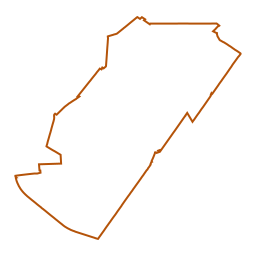 outline of Pekela, Groningen, Netherlands
{"feature_id": "6326949B23781869832048", "entity_name": "Pekela", "entity_type": "district", "adm_level": 2, "iso_a3": "NLD", "parent_name": "Netherlands", "parent_adm1": "Groningen", "projection": "natural_earth1", "projection_center": [6.972, 53.067], "detail": "fine", "context": "isolated", "style": "outline", "palette": "amber", "viewbox_px": 256, "rotation_deg": 0, "n_neighbors": 0, "source": "geoboundaries", "source_scale": "gbopen_adm2", "svg_char_len": 5288}
<svg xmlns="http://www.w3.org/2000/svg" viewBox="0 0 256 256"><path d="M196.0,116.9L196.9,115.6L197.9,114.2L199.1,112.6L200.3,110.8L201.6,108.9L202.9,107.2L205.4,103.6L210.6,96.1L210.7,95.0L210.8,94.7L210.9,94.4L211.0,94.2L211.2,93.7L211.4,93.3L211.9,94.2L212.3,93.8L213.2,92.5L217.9,85.8L218.4,85.1L218.8,84.4L220.9,81.5L221.3,81.0L222.3,79.5L224.3,76.7L226.4,73.8L228.8,70.3L230.1,68.4L231.4,66.6L232.5,64.8L233.5,63.4L234.9,61.5L237.7,57.6L238.1,57.0L238.8,56.3L239.9,54.9L240.6,53.9L240.6,53.6L240.5,53.4L240.4,53.3L238.4,51.9L236.9,50.9L234.9,49.7L234.0,49.0L233.5,48.7L233.1,48.4L232.1,47.7L231.2,47.0L230.7,46.7L230.3,46.4L229.1,45.7L228.4,45.2L227.1,44.3L226.0,43.6L225.1,43.1L224.6,42.7L224.1,42.5L223.9,42.3L223.4,42.1L223.1,42.0L221.2,40.9L220.5,40.5L220.2,40.4L220.0,40.2L219.7,40.0L219.6,39.9L218.4,37.8L217.5,36.3L217.3,35.4L216.9,34.1L217.0,33.1L216.4,32.9L215.8,32.7L215.3,32.4L214.6,32.1L213.1,31.3L215.5,29.0L215.7,28.8L215.9,28.5L217.1,27.2L217.5,26.8L217.6,26.7L218.0,26.3L218.3,26.1L218.7,26.0L218.8,25.9L219.2,25.8L219.3,25.7L217.9,24.5L216.6,23.5L208.8,23.6L206.9,23.6L197.5,23.6L193.0,23.6L190.0,23.6L185.4,23.5L184.5,23.5L181.1,23.5L176.0,23.6L172.3,23.6L171.1,23.6L157.3,23.6L150.2,23.6L149.8,24.3L144.0,20.3L145.1,19.3L141.9,17.2L140.0,18.9L139.7,18.7L137.8,17.4L137.5,17.2L137.3,17.1L136.9,17.4L136.0,18.1L135.3,18.7L135.2,18.8L134.8,19.1L134.5,19.3L134.0,19.8L133.6,20.1L133.2,20.4L133.0,20.6L132.2,21.2L132.1,21.3L131.4,21.9L131.1,22.1L130.6,22.5L130.4,22.7L130.3,22.8L130.2,22.9L129.9,23.1L129.4,23.5L129.2,23.7L128.7,24.1L127.5,25.1L124.8,27.3L124.7,27.4L123.7,28.1L123.5,28.3L123.1,28.7L121.9,29.6L121.7,29.8L119.7,31.4L117.1,33.5L116.8,33.7L115.6,34.1L114.9,34.3L114.3,34.4L112.9,34.9L112.1,35.1L111.4,35.3L110.8,35.5L109.0,36.0L107.8,36.4L107.8,36.8L108.0,38.0L108.0,38.5L107.8,40.9L107.7,42.7L107.3,47.7L107.2,49.2L107.0,52.1L106.5,59.3L106.0,66.0L105.9,66.2L105.9,66.3L105.8,66.5L105.7,66.6L104.8,67.4L104.5,67.6L103.6,68.4L103.4,68.3L103.5,68.2L103.2,68.0L102.3,67.5L102.2,67.7L102.3,67.8L102.2,67.9L102.0,68.7L101.5,69.4L99.8,68.6L98.6,70.2L97.0,72.1L95.6,74.0L94.2,75.7L91.7,78.8L90.5,80.4L90.0,81.0L89.4,81.7L77.9,96.1L78.3,96.1L78.5,96.1L78.9,96.2L79.1,96.3L79.4,96.5L79.0,96.8L76.7,98.4L75.9,99.1L75.6,99.3L74.8,99.7L74.0,100.2L73.3,100.7L72.9,100.9L72.6,101.1L72.0,101.5L71.7,101.7L70.1,102.8L68.9,103.5L68.5,103.8L68.1,104.2L65.2,106.4L64.8,106.7L64.4,107.1L64.2,107.2L63.9,107.6L63.7,107.8L63.2,108.2L61.7,109.7L56.6,114.7L56.2,114.5L55.1,113.7L54.4,114.4L54.3,114.5L54.2,114.8L54.2,115.0L54.1,115.3L54.1,116.1L54.1,116.5L54.2,117.1L54.2,117.6L54.1,118.7L54.1,119.0L53.8,120.1L53.4,121.8L53.3,122.0L52.4,125.1L52.3,125.5L51.4,128.7L51.1,130.0L50.7,131.4L50.4,132.5L49.9,134.1L48.4,139.4L47.9,141.0L47.1,144.3L46.7,145.4L46.5,146.4L47.8,147.2L49.6,148.3L51.4,149.4L53.8,150.8L54.1,150.9L57.6,153.0L60.6,154.8L61.1,163.6L39.0,164.3L39.3,168.1L39.5,170.4L40.3,170.5L40.5,172.7L37.4,173.5L34.7,173.5L32.8,173.7L28.1,174.2L24.7,174.6L21.3,175.0L19.7,175.2L16.7,175.6L15.4,175.8L15.4,176.4L15.5,176.6L15.6,176.8L15.9,177.3L16.3,177.6L15.9,177.7L15.8,177.8L15.8,178.0L16.2,179.5L16.7,181.2L17.1,182.2L17.3,182.8L17.7,183.6L18.5,185.3L18.9,186.2L19.5,187.1L20.0,188.0L20.7,189.1L21.9,190.7L22.8,191.8L23.8,192.9L24.7,193.8L25.3,194.4L25.7,194.8L25.9,195.0L26.1,195.1L26.5,195.5L26.9,195.9L27.7,196.6L28.6,197.3L29.3,197.9L32.6,200.6L33.0,200.9L33.3,201.1L34.1,201.8L35.5,202.9L36.3,203.6L37.5,204.6L39.9,206.5L41.1,207.4L41.2,207.6L42.5,208.7L42.9,208.9L44.1,209.9L44.9,210.5L49.5,214.3L50.6,215.2L52.0,216.3L53.9,217.8L55.2,218.9L56.3,219.8L57.1,220.4L57.8,221.0L60.4,223.1L60.7,223.3L60.8,223.4L61.9,224.3L62.0,224.3L63.0,225.2L63.8,225.8L64.2,226.1L64.6,226.4L65.2,226.8L65.7,227.1L66.2,227.4L66.7,227.7L67.2,228.0L67.7,228.3L68.3,228.6L69.5,229.2L70.1,229.5L70.4,229.7L71.3,230.1L71.9,230.3L72.5,230.6L73.1,230.8L74.6,231.3L74.8,231.4L74.9,231.5L76.0,231.9L77.3,232.3L78.8,232.8L88.2,235.8L91.6,236.9L94.5,237.8L95.0,238.0L95.5,238.2L98.0,238.9L98.3,238.5L99.6,236.6L100.5,235.4L101.4,234.1L101.9,233.4L104.0,230.5L105.0,229.0L106.6,226.7L108.2,224.5L108.8,223.6L110.0,222.0L110.2,221.7L110.4,221.5L110.8,220.8L113.3,217.3L115.4,214.5L116.7,212.6L117.5,211.4L119.3,208.9L120.3,207.5L121.4,206.0L121.7,205.4L122.4,204.4L124.2,201.8L125.4,200.1L128.4,195.9L128.7,195.5L129.4,194.6L130.9,192.4L131.9,191.1L132.6,190.1L133.6,188.6L134.3,187.7L135.0,186.7L135.7,185.7L138.6,181.7L139.3,180.7L139.5,180.4L140.8,178.6L141.4,177.7L141.8,177.1L142.2,176.6L142.4,176.3L143.3,175.1L143.6,174.7L143.8,174.3L144.4,173.5L144.9,172.7L145.1,172.5L145.4,172.0L145.8,171.5L146.3,170.7L146.5,170.4L146.7,170.2L147.1,169.8L147.3,169.7L147.5,169.4L147.6,169.2L147.8,168.8L147.9,168.6L148.0,168.4L148.1,168.2L148.5,167.7L148.9,167.2L149.1,166.9L149.5,166.3L149.6,166.2L150.6,164.7L150.4,164.4L151.0,162.9L151.5,162.0L152.0,161.8L151.6,161.1L152.8,158.5L153.6,156.6L154.3,154.8L154.5,154.3L154.8,153.6L154.9,153.2L155.0,152.4L155.3,152.3L155.8,152.3L156.1,152.4L156.4,152.5L156.5,152.6L156.7,152.9L159.0,152.1L158.1,150.7L159.9,150.0L160.5,150.9L171.8,134.9L173.2,132.9L174.6,131.0L182.5,119.7L184.3,117.1L185.3,115.9L185.2,115.8L187.2,112.9L192.5,121.8L193.2,120.8L193.7,120.2L194.5,119.1L195.1,118.2L196.0,116.9Z" fill="none" stroke="#b45309" stroke-width="2"/></svg>